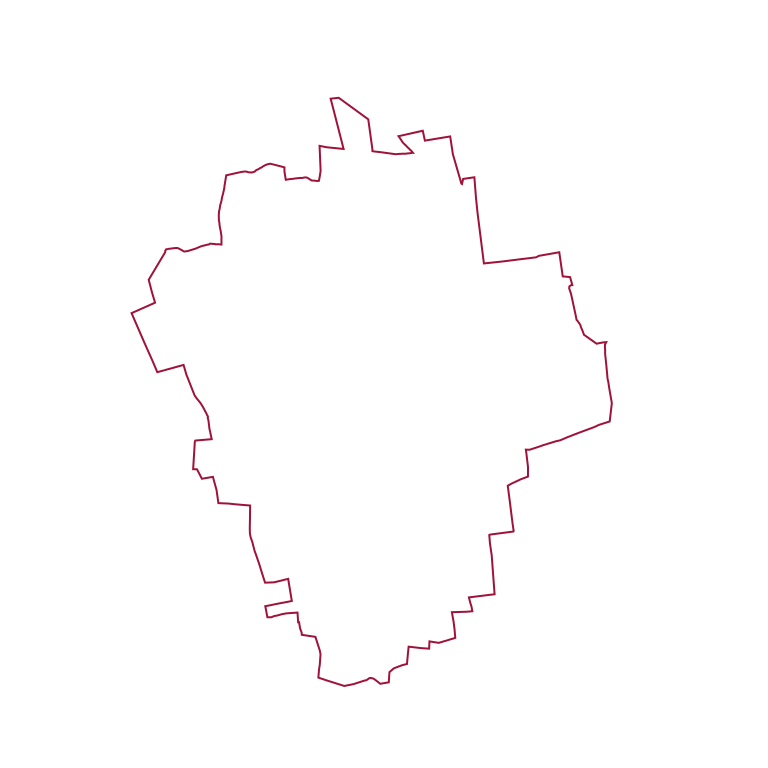 outline of Cenotillo, Yucatán, Mexico, rotated 165°
{"feature_id": "50627088B43968623050569", "entity_name": "Cenotillo", "entity_type": "district", "adm_level": 2, "iso_a3": "MEX", "parent_name": "Mexico", "parent_adm1": "Yucatán", "projection": "albers", "projection_center": [-88.565, 21.031], "detail": "fine", "context": "isolated", "style": "outline", "palette": "rose", "viewbox_px": 768, "rotation_deg": 165, "n_neighbors": 0, "source": "geoboundaries", "source_scale": "gbopen_adm2", "svg_char_len": 4711}
<svg xmlns="http://www.w3.org/2000/svg" viewBox="0 0 768 768"><g transform="rotate(165 384 384)"><path d="M361.7,673.4L361.8,659.3L362.2,621.5L378.3,627.6L384.6,630.7L390.1,606.1L391.0,604.2L392.2,601.4L394.3,597.1L396.4,597.5L398.1,598.3L401.0,599.2L401.9,600.0L402.6,600.8L404.7,603.1L406.3,603.9L407.8,604.1L410.0,604.2L411.0,604.6L412.0,604.8L417.1,605.6L418.7,605.7L419.6,605.9L422.1,606.3L424.0,606.5L426.0,606.7L425.9,607.8L425.5,611.6L425.2,614.8L424.9,615.9L424.7,616.8L424.1,619.0L426.8,620.6L430.5,622.7L433.0,624.1L436.8,626.2L437.8,626.3L439.2,626.4L442.2,626.1L444.6,625.5L445.9,625.0L446.9,624.7L447.7,624.7L449.0,624.2L450.8,623.8L451.6,623.8L453.0,623.2L453.9,622.6L455.7,622.6L456.5,622.4L459.1,623.2L460.5,623.8L461.4,624.5L463.0,625.2L465.0,625.5L467.2,625.8L468.4,625.8L470.0,625.9L482.4,626.4L487.2,615.7L487.5,614.5L488.0,613.9L488.6,612.5L489.8,610.3L490.6,608.8L490.9,608.3L491.4,607.5L492.6,605.2L493.5,603.2L494.5,601.4L495.1,600.5L496.1,598.8L496.7,597.4L497.3,595.9L498.1,594.5L498.8,593.2L499.1,592.1L500.0,589.5L500.3,588.2L501.1,584.9L501.3,582.0L501.6,580.8L502.0,577.4L502.1,575.9L502.1,574.5L502.8,568.4L503.5,566.2L504.0,564.1L504.9,560.8L508.5,562.1L510.4,562.4L511.0,562.9L511.8,563.3L512.5,563.4L513.3,563.7L515.6,564.6L517.2,564.1L518.5,564.3L521.1,564.3L523.4,564.4L525.6,564.3L526.9,564.1L528.4,563.9L531.4,563.5L534.7,563.4L539.4,563.2L540.3,563.4L541.8,563.5L542.5,563.6L543.3,564.1L545.1,566.1L546.2,567.0L546.8,567.6L547.9,568.6L548.9,569.0L551.2,569.5L554.3,569.9L557.3,570.3L558.3,570.3L559.5,570.5L560.8,569.4L561.0,568.4L561.4,567.8L584.3,545.6L584.4,532.3L584.1,521.8L609.5,517.8L604.7,485.6L601.5,465.4L599.9,454.1L572.7,454.3L572.4,443.2L572.2,442.2L569.9,422.0L569.1,419.8L568.5,418.2L567.9,417.0L567.4,415.8L566.6,414.1L565.9,412.3L565.5,410.8L564.8,408.6L564.5,407.1L564.2,406.0L563.8,404.0L563.3,402.2L563.1,401.1L563.0,400.0L562.7,399.2L562.5,398.1L563.0,397.0L563.0,395.0L563.1,393.9L563.2,392.7L563.4,391.4L563.6,390.2L563.8,388.4L564.0,387.6L564.1,386.7L564.2,386.0L564.2,385.4L564.3,383.3L564.7,375.3L580.9,378.2L581.6,377.4L590.4,351.1L586.7,350.0L584.6,340.5L584.4,339.6L573.3,338.6L573.2,324.9L574.8,311.8L565.0,308.7L559.0,306.4L551.3,303.6L544.8,301.3L545.8,297.5L546.2,296.1L547.7,290.8L548.6,287.6L549.0,286.3L551.1,279.0L551.9,275.6L552.2,274.4L552.5,270.1L552.1,265.8L552.1,265.2L552.2,256.4L551.9,253.2L551.3,244.8L551.1,241.5L551.1,241.4L550.9,235.9L550.8,233.3L550.5,226.7L550.3,222.9L541.7,220.9L534.1,220.7L532.8,220.7L527.0,220.6L529.2,198.3L533.1,198.5L539.6,199.0L545.1,199.4L550.7,199.7L556.2,200.1L556.4,196.8L557.0,188.9L553.1,187.8L550.2,188.3L547.1,188.0L542.4,188.1L537.5,187.7L526.7,185.6L528.6,176.1L527.7,175.9L528.0,173.0L528.3,169.5L527.9,165.2L528.3,163.0L515.7,157.5L515.0,143.1L515.3,139.3L518.6,129.7L520.7,124.9L523.4,117.4L516.5,112.8L501.3,103.1L500.4,102.6L491.2,102.0L479.1,102.6L478.4,102.4L477.5,102.5L474.1,103.7L473.5,103.7L472.1,103.1L471.0,102.5L469.9,101.6L468.4,99.7L465.2,95.4L456.6,94.6L453.3,104.3L448.1,106.8L439.1,107.7L434.3,107.6L430.1,118.9L428.2,123.9L422.6,121.7L416.3,119.2L408.9,116.7L406.7,123.6L398.1,119.8L380.9,120.3L379.4,128.5L378.3,136.6L377.5,146.0L363.4,142.7L357.5,141.6L357.2,145.1L357.1,147.2L357.3,150.3L357.2,155.9L331.6,152.3L324.3,190.7L322.9,202.7L321.4,210.9L320.5,211.1L297.2,208.0L296.8,208.5L295.9,216.2L294.1,229.2L293.0,237.0L290.8,253.7L286.5,254.8L276.3,256.6L268.9,257.3L266.4,266.5L264.3,281.0L264.0,283.9L260.3,282.8L256.9,283.0L249.8,283.4L246.0,283.7L232.6,284.2L228.8,284.0L227.0,284.2L220.8,285.1L209.1,286.4L201.4,287.1L192.7,287.9L186.8,288.9L175.7,289.4L168.9,306.5L167.4,322.9L166.8,327.9L166.7,331.4L166.0,335.2L164.4,344.6L162.6,355.9L162.2,357.5L161.7,359.0L161.5,360.2L161.0,362.7L160.3,364.9L158.5,366.9L160.5,367.3L163.1,367.6L168.2,367.9L178.1,379.8L178.4,383.7L179.0,387.6L179.1,390.4L179.4,391.3L180.4,394.1L181.4,396.2L181.1,400.2L180.0,422.6L180.4,428.4L179.7,430.3L177.9,431.0L176.5,430.8L176.6,439.1L183.5,441.7L180.6,465.9L201.4,467.7L204.3,467.0L222.0,469.5L238.0,471.7L256.3,474.6L249.3,525.5L247.1,539.2L247.1,539.3L243.2,560.3L254.5,561.6L256.9,557.0L257.4,557.6L257.5,563.6L258.0,588.1L256.0,606.0L281.5,608.5L281.0,618.6L305.8,619.6L305.5,618.9L305.2,617.9L304.8,616.8L304.1,614.8L303.7,613.3L303.3,612.5L302.9,611.6L301.7,609.6L301.2,608.9L300.8,608.1L299.7,606.1L299.2,605.4L298.0,603.2L297.4,602.4L296.9,601.3L296.2,599.8L297.0,600.0L298.6,600.1L299.8,600.3L302.1,600.7L303.3,600.8L304.9,601.2L306.6,601.7L308.0,601.9L309.6,602.3L311.3,602.6L313.2,602.9L328.7,609.4L328.8,609.4L331.1,610.3L332.1,610.7L333.6,611.3L334.9,611.9L334.4,614.1L330.7,643.7L353.7,672.2L361.7,673.4Z" fill="none" stroke="#9f1239" stroke-width="2"/></g></svg>